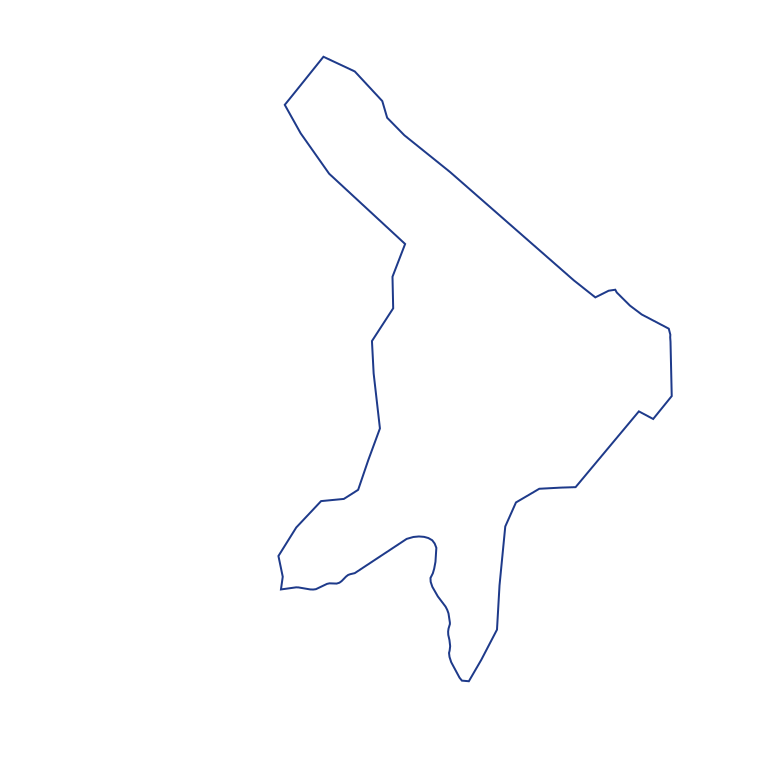 Dabola, Albers equal-area conic projection, rotated 129°
{"feature_id": "GIN-5632", "entity_name": "Dabola", "entity_type": "Prefecture", "adm_level": 1, "iso_a3": "GIN", "parent_name": "Guinea", "parent_adm1": "", "projection": "albers", "projection_center": [-11.021, 10.553], "detail": "fine", "context": "isolated", "style": "outline", "palette": "blue", "viewbox_px": 768, "rotation_deg": 129, "n_neighbors": 0, "source": "natural_earth", "source_scale": "10m", "svg_char_len": 1282}
<svg xmlns="http://www.w3.org/2000/svg" viewBox="0 0 768 768"><g transform="rotate(129 384 384)"><path d="M229.5,636.8L213.6,636.8L167.8,637.0L159.5,603.4L165.2,563.4L175.1,549.1L177.9,524.7L177.7,466.0L184.0,301.6L183.7,274.3L170.1,268.1L165.2,263.6L166.4,260.7L168.3,242.2L167.8,227.5L161.8,197.5L165.5,192.5L167.7,190.9L170.9,187.9L212.3,152.8L241.8,152.8L244.9,168.7L343.6,170.2L353.0,181.1L367.7,197.4L393.0,206.9L418.4,200.1L467.8,167.5L503.8,141.6L537.2,134.8L561.6,131.0L565.5,136.8L564.7,140.5L557.9,156.7L554.9,161.3L552.1,164.2L549.9,165.2L546.1,167.6L541.8,172.0L538.5,176.2L536.0,178.4L533.5,179.9L529.1,181.7L527.9,182.7L521.7,189.5L519.7,192.8L518.3,196.0L515.2,208.5L511.2,218.8L508.4,223.2L505.5,225.8L500.4,226.9L495.9,228.8L489.8,232.1L478.4,240.2L476.1,244.2L475.1,248.2L475.8,252.6L477.6,256.7L480.5,260.9L484.4,264.9L490.1,268.9L549.4,287.7L553.0,290.5L555.0,291.7L557.5,292.3L563.9,292.9L566.5,293.6L568.9,295.2L573.2,300.9L575.2,302.5L586.3,307.8L588.3,309.7L590.1,312.1L596.0,322.6L597.4,324.4L608.5,334.8L597.5,341.4L584.1,357.8L550.7,361.9L514.6,359.2L498.6,342.9L482.5,337.5L453.1,348.3L421.1,359.2L382.3,398.7L358.2,420.4L319.4,424.5L295.3,444.9L261.9,455.7L255.1,559.0L241.6,606.6L229.5,636.8Z" fill="none" stroke="#1e3a8a" stroke-width="2"/></g></svg>